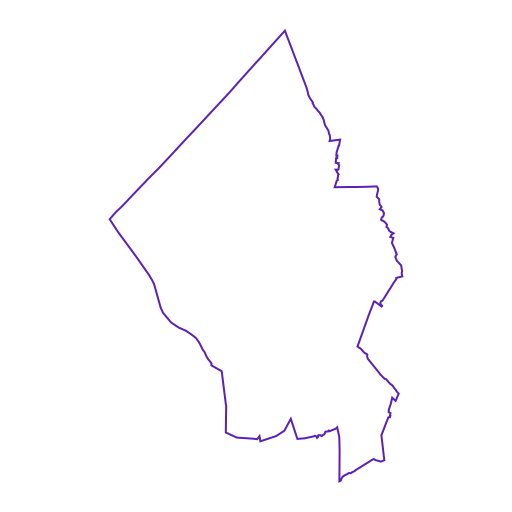 Mina, Nuevo León, Mexico (Equal Earth projection)
{"feature_id": "50627088B36980373493139", "entity_name": "Mina", "entity_type": "district", "adm_level": 2, "iso_a3": "MEX", "parent_name": "Mexico", "parent_adm1": "Nuevo León", "projection": "equal_earth", "projection_center": [-100.66, 26.299], "detail": "fine", "context": "isolated", "style": "outline", "palette": "violet", "viewbox_px": 512, "rotation_deg": 0, "n_neighbors": 0, "source": "geoboundaries", "source_scale": "gbopen_adm2", "svg_char_len": 5381}
<svg xmlns="http://www.w3.org/2000/svg" viewBox="0 0 512 512"><path d="M160.6,307.4L162.9,312.6L171.1,322.5L178.9,327.7L186.0,330.8L187.5,331.8L189.6,333.3L190.1,333.5L192.2,335.1L193.8,336.3L196.1,338.2L198.1,341.1L198.6,341.6L200.1,344.3L202.7,349.6L204.7,352.4L206.3,356.1L207.6,358.4L211.5,363.4L211.4,365.4L221.7,371.2L222.8,379.9L225.8,404.0L226.2,405.8L225.8,432.5L236.9,437.6L253.3,438.7L257.2,439.2L259.5,436.1L260.4,441.3L276.3,436.0L284.4,430.7L290.8,418.8L296.0,434.7L297.3,438.6L297.4,438.9L304.8,438.3L310.2,437.1L314.2,436.2L314.6,435.9L314.8,435.9L315.1,435.9L315.4,436.0L315.6,436.0L315.8,436.1L316.0,436.3L316.2,436.5L316.3,436.6L317.0,437.7L317.1,437.9L317.5,437.5L317.7,437.3L317.8,437.0L318.1,436.6L318.2,436.4L318.1,435.6L318.2,435.4L318.4,435.2L318.5,435.2L318.8,435.2L319.0,435.2L319.3,435.2L319.5,435.2L320.2,435.2L320.3,435.2L320.4,435.3L320.5,435.3L320.8,435.3L321.1,435.5L321.5,436.1L321.8,436.1L321.9,435.9L322.0,435.8L322.3,435.6L322.5,435.4L323.0,434.9L323.3,434.6L323.6,434.5L323.8,434.4L324.2,434.4L324.5,434.1L324.5,433.9L324.6,433.7L324.8,433.4L324.8,433.2L325.1,432.7L325.2,432.2L325.4,431.8L325.6,431.6L325.8,431.6L326.0,431.6L326.5,431.6L327.0,431.4L327.3,431.4L327.8,431.5L328.0,431.5L328.2,431.4L328.4,431.2L328.9,430.6L329.5,431.2L335.5,428.8L337.2,427.3L339.3,437.3L339.6,450.5L339.4,481.1L339.4,481.3L339.8,481.1L340.0,480.9L340.5,480.9L340.9,480.5L340.9,480.2L341.0,479.7L341.2,479.4L341.2,479.2L341.6,478.4L341.8,478.0L342.0,477.6L342.6,476.9L342.8,476.8L342.9,476.6L343.1,476.5L343.3,476.3L343.5,476.1L343.6,475.9L343.9,475.8L344.1,475.7L344.3,475.7L344.5,475.5L344.8,475.3L344.9,475.2L345.1,475.1L345.4,475.0L345.5,474.8L345.7,474.7L345.9,474.7L346.2,474.6L346.5,474.4L346.8,474.3L346.9,474.2L347.0,474.2L347.3,474.1L347.5,474.0L347.7,473.8L348.0,473.6L348.4,473.2L348.7,473.2L348.9,473.1L349.1,473.1L349.3,473.0L349.6,473.0L349.8,473.1L350.0,473.1L350.4,473.2L350.5,473.1L351.0,473.1L351.3,472.9L351.6,472.7L351.8,472.5L351.9,472.3L352.1,472.2L352.3,472.1L352.5,472.1L352.9,471.9L353.1,471.8L353.5,471.7L353.9,471.4L354.0,471.4L354.3,471.2L354.9,470.9L355.1,470.7L355.3,470.5L355.5,470.3L355.7,470.1L355.9,469.9L356.0,469.9L356.3,469.7L373.5,459.0L375.9,460.2L381.0,461.6L384.3,460.2L381.4,435.3L386.9,421.0L387.9,418.6L388.2,417.7L388.3,417.4L389.5,417.2L389.9,417.2L390.3,415.9L389.9,415.8L390.5,413.1L390.1,412.9L388.7,412.2L388.7,410.6L388.9,409.4L389.1,408.9L389.9,406.3L389.9,406.2L390.8,403.9L392.2,397.7L395.6,400.9L398.7,393.6L396.5,391.3L396.2,390.4L394.3,388.2L392.6,385.6L389.9,383.6L389.8,383.4L385.8,378.9L384.7,378.8L384.3,378.5L381.1,375.2L380.6,374.8L379.2,372.9L367.7,358.6L367.1,356.1L367.3,354.5L365.4,353.3L364.2,352.6L360.5,348.4L359.2,347.9L359.1,347.7L357.5,346.5L368.0,317.2L368.5,315.7L368.7,315.2L368.8,314.9L369.0,314.5L371.0,309.2L372.3,305.9L372.6,305.1L372.9,304.4L373.4,302.9L374.0,301.5L374.4,301.6L375.0,301.6L375.1,301.8L376.6,302.8L377.2,303.3L381.6,306.5L382.2,305.9L382.1,305.7L381.9,305.5L380.9,304.8L380.8,304.6L380.6,304.3L380.5,303.8L380.4,303.5L380.4,303.3L380.5,303.1L380.4,302.7L380.5,302.5L380.6,302.2L381.1,301.2L382.6,300.5L387.3,293.0L389.4,289.6L389.8,289.0L390.3,288.3L391.1,287.0L391.5,286.3L391.6,286.2L393.5,283.0L395.1,280.8L396.4,278.9L396.3,277.9L402.3,276.4L402.0,274.9L401.6,273.3L402.1,271.3L402.1,270.9L401.1,265.3L396.9,260.9L395.3,256.9L396.8,254.3L396.2,253.3L396.3,252.6L395.7,251.8L394.4,248.2L393.5,246.3L391.9,242.9L392.6,240.4L393.3,237.9L390.3,236.9L391.4,234.9L393.5,233.3L390.7,231.9L389.8,231.4L389.6,231.3L387.8,227.9L386.5,227.0L387.0,224.7L386.5,224.0L385.7,223.0L384.6,221.9L383.1,220.8L382.2,220.7L381.1,219.7L381.5,218.3L382.2,217.0L383.1,216.5L383.7,215.0L383.8,214.1L384.0,213.2L383.8,212.6L383.5,212.1L382.9,211.3L382.6,210.4L379.8,209.3L381.5,207.1L381.1,206.3L381.0,206.2L379.8,204.8L379.2,201.8L379.2,199.2L376.7,196.8L377.0,194.7L378.0,190.5L378.1,188.6L376.8,186.4L366.0,186.8L361.3,186.9L356.2,187.0L351.9,187.0L348.3,187.0L342.8,187.1L335.4,187.2L334.7,187.2L336.7,180.8L337.9,179.9L337.7,179.5L337.5,178.8L337.7,178.0L337.7,177.8L337.8,177.6L337.8,177.3L337.9,176.8L338.0,176.5L338.1,176.4L338.1,175.8L338.0,175.2L338.1,174.9L338.3,174.7L338.6,174.3L338.4,174.1L337.7,173.0L337.1,172.4L337.0,171.8L336.7,171.2L336.2,170.6L335.7,169.7L337.0,169.7L338.2,169.7L338.4,169.5L338.5,169.0L338.5,168.8L339.2,165.6L338.6,164.5L338.2,164.2L338.3,163.7L338.5,163.4L338.6,163.2L335.7,162.8L336.1,158.2L337.2,158.2L337.4,155.5L336.3,155.5L336.6,152.4L338.7,145.6L339.1,145.4L340.1,139.6L339.7,139.6L338.6,139.8L329.6,141.0L330.1,139.4L330.1,138.3L330.1,137.4L330.1,137.1L329.6,134.7L329.1,134.0L328.3,130.4L325.0,125.2L323.7,119.9L322.9,117.9L322.6,117.1L321.3,115.3L321.2,115.1L320.8,114.7L320.5,114.0L319.7,112.7L318.0,110.9L315.8,108.1L314.3,106.8L313.4,104.4L312.6,103.5L312.9,102.7L312.3,101.6L311.6,100.5L311.2,100.0L310.4,98.9L309.7,97.6L308.6,95.5L308.5,95.3L306.8,88.4L297.3,63.3L284.9,30.7L269.1,48.2L258.0,60.6L256.7,61.9L238.1,82.6L233.3,88.1L229.2,92.7L226.2,96.0L221.2,101.3L196.3,128.1L192.3,132.3L186.0,139.0L172.2,153.9L159.1,167.9L152.8,174.2L150.1,176.9L146.6,180.4L145.6,181.6L141.0,186.3L132.8,194.9L128.5,199.5L124.3,203.9L120.6,207.7L116.4,211.5L109.7,219.2L117.9,231.8L136.9,257.6L141.9,264.8L145.7,270.2L149.1,275.1L149.3,275.3L150.2,277.1L151.8,279.6L154.0,283.9L160.6,307.4Z" fill="none" stroke="#5b21b6" stroke-width="2"/></svg>